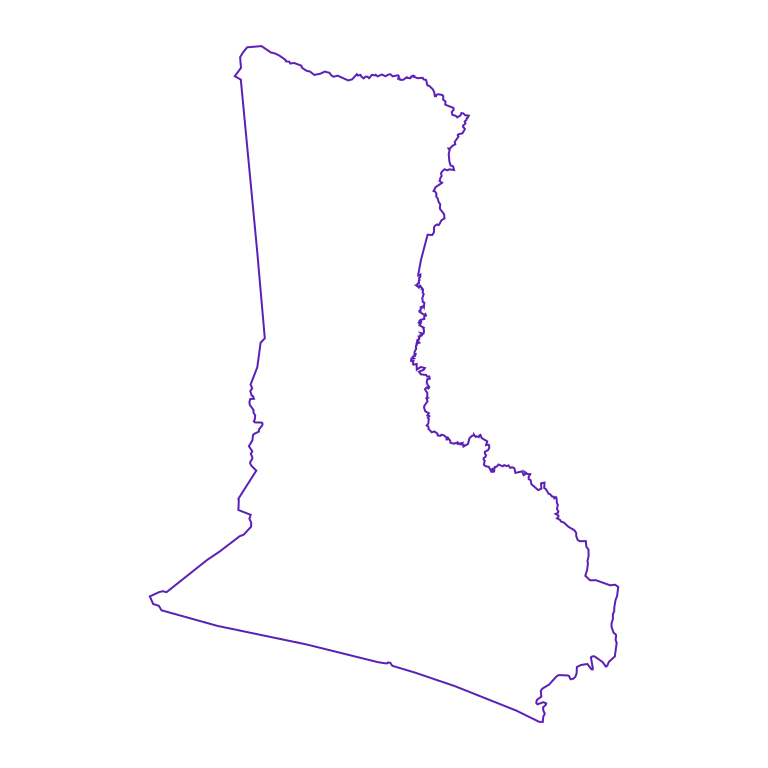 outline of Ellembelle, Western, Ghana
{"feature_id": "2480657B39512912083476", "entity_name": "Ellembelle", "entity_type": "district", "adm_level": 2, "iso_a3": "GHA", "parent_name": "Ghana", "parent_adm1": "Western", "projection": "orthographic", "projection_center": [-2.331, 5.15], "detail": "fine", "context": "isolated", "style": "outline", "palette": "violet", "viewbox_px": 768, "rotation_deg": 0, "n_neighbors": 0, "source": "geoboundaries", "source_scale": "gbopen_adm2", "svg_char_len": 6051}
<svg xmlns="http://www.w3.org/2000/svg" viewBox="0 0 768 768"><path d="M240.8,79.6L257.2,251.5L264.8,338.3L260.6,342.7L257.3,367.2L250.6,384.5L252.2,388.5L250.3,391.0L251.7,395.6L253.0,396.2L253.9,398.8L250.3,399.0L249.4,402.0L249.8,404.9L253.6,410.2L253.4,412.3L255.2,415.5L254.8,419.5L253.8,421.3L254.9,422.4L261.9,422.6L262.6,423.9L262.2,425.4L258.9,429.5L258.9,431.6L254.3,433.8L253.0,435.1L252.4,440.4L248.9,446.2L252.3,451.3L250.8,453.9L252.2,456.8L252.3,458.9L250.4,461.6L250.1,463.3L251.4,465.8L256.3,470.6L238.3,498.9L238.8,499.8L238.4,510.0L250.7,514.8L249.4,518.7L251.2,522.7L251.1,526.7L243.7,534.7L239.7,536.2L219.8,551.4L206.9,560.1L166.5,592.2L162.9,591.2L159.4,592.0L149.8,596.4L153.2,604.0L158.8,605.8L161.5,610.3L217.4,625.9L305.8,644.3L378.1,662.2L385.0,663.3L387.2,663.4L387.9,662.5L390.2,662.8L392.3,665.8L415.0,672.6L455.3,686.3L516.3,710.6L539.3,721.9L542.8,721.9L543.3,716.6L544.8,713.7L543.4,710.8L543.0,707.5L545.9,704.6L546.2,703.4L543.4,702.2L537.4,704.3L536.2,702.8L536.9,700.0L541.3,696.5L540.8,690.9L542.4,688.6L549.2,684.5L556.3,676.6L558.7,675.1L567.5,675.4L569.0,676.0L570.6,679.3L573.3,678.7L575.4,676.7L576.6,673.4L576.9,667.0L581.0,665.0L587.4,664.0L591.3,669.2L592.5,669.5L592.9,668.6L590.9,657.4L591.7,656.7L593.5,656.2L595.0,656.7L602.6,662.1L605.9,666.6L607.2,665.8L608.9,661.8L614.8,656.5L616.7,642.9L615.6,640.0L616.1,635.9L615.9,634.6L613.5,632.6L611.5,626.6L611.5,623.6L612.9,618.9L612.9,614.0L614.2,611.4L614.3,607.2L615.6,599.9L617.1,596.1L618.2,586.9L615.1,584.7L610.1,585.3L595.9,580.2L590.1,580.3L585.3,575.8L587.1,569.9L588.0,563.2L587.4,561.6L588.6,556.0L588.5,549.7L586.3,546.5L585.8,541.1L580.0,541.2L577.7,540.0L576.2,536.0L576.2,532.9L574.2,530.1L568.4,526.8L563.9,522.5L561.0,521.5L560.0,519.9L557.0,518.3L558.3,517.2L558.5,515.7L555.6,513.9L557.7,513.1L558.4,511.6L557.0,508.9L557.8,504.8L556.9,503.0L556.5,498.0L555.8,497.0L554.3,498.3L553.6,496.7L552.1,496.6L550.4,494.4L548.6,493.7L545.7,488.9L544.2,488.0L544.5,482.6L541.0,483.4L541.4,488.6L538.2,490.1L531.4,484.2L530.7,480.2L528.7,479.1L528.7,476.7L530.2,474.2L527.6,474.0L524.9,472.1L525.7,473.9L523.7,475.2L522.0,471.4L515.4,472.9L514.4,468.3L512.1,467.2L510.2,467.9L508.5,465.4L506.5,466.1L504.2,465.1L502.7,466.3L498.5,464.5L496.7,466.6L494.9,467.0L494.7,468.3L492.3,468.8L492.2,469.5L494.3,470.5L493.9,471.7L491.3,471.8L488.8,466.8L485.5,466.2L483.9,464.7L484.7,460.5L483.6,459.5L483.7,458.1L485.5,456.8L486.1,455.3L485.1,454.2L484.8,451.9L488.3,449.9L489.2,447.9L489.2,445.3L488.3,444.6L486.1,445.1L487.2,441.3L481.7,438.1L480.4,434.9L479.3,435.5L478.8,437.1L476.6,436.3L475.7,436.9L473.8,434.4L473.6,435.6L472.0,435.8L469.4,438.3L468.0,443.9L463.5,446.5L463.5,444.6L461.1,444.4L462.1,443.0L459.1,443.7L457.7,442.6L457.7,443.8L455.8,443.0L454.0,443.7L450.5,442.8L450.2,440.8L448.9,439.0L445.8,439.7L448.1,438.0L447.7,437.4L446.4,437.5L444.0,435.4L441.5,434.7L440.3,435.9L437.7,435.4L437.4,433.6L434.5,431.5L431.7,432.3L428.5,428.8L428.4,426.6L426.7,425.5L428.3,423.6L428.8,419.0L427.9,417.9L429.3,416.2L427.3,415.5L428.9,413.3L425.3,411.3L424.0,407.5L424.3,405.9L427.5,401.3L426.8,398.9L427.6,398.2L426.5,398.1L427.3,396.5L427.3,393.0L424.9,389.2L426.8,387.4L428.5,388.5L429.3,387.1L427.5,384.7L426.7,382.1L427.3,379.2L429.7,378.8L429.3,376.5L427.3,376.6L426.1,375.0L420.8,374.3L419.0,371.7L423.7,369.9L424.9,368.0L420.7,367.0L416.8,369.6L416.6,363.9L413.6,364.7L412.8,363.8L413.5,360.8L411.1,361.0L411.3,358.8L413.9,358.3L412.5,357.2L413.9,355.7L415.2,355.8L415.6,354.0L414.5,354.1L414.5,352.0L416.3,348.5L415.8,347.4L416.2,345.1L416.9,344.8L416.6,343.6L419.3,342.7L418.3,341.6L417.5,343.0L416.8,342.9L417.4,339.9L419.2,339.4L418.7,336.5L421.2,336.7L420.1,336.5L420.2,335.3L421.9,335.4L422.2,334.5L420.8,333.1L423.4,333.7L423.8,333.0L424.0,330.0L423.3,328.8L423.9,327.8L419.4,325.2L419.9,324.3L418.7,322.6L419.4,322.2L419.4,322.9L420.8,323.1L421.2,321.6L419.7,320.7L420.6,319.8L424.3,319.0L424.2,316.6L426.0,315.5L425.5,314.3L424.6,315.6L424.5,314.4L423.4,314.4L419.4,311.6L419.4,311.0L420.5,311.0L420.4,309.3L421.7,308.1L420.8,307.2L423.3,306.1L423.9,307.1L424.3,302.6L422.8,302.0L422.3,298.0L423.7,294.1L422.7,292.7L423.0,289.4L421.7,289.2L421.9,288.0L420.6,286.3L419.4,287.3L419.4,286.3L418.5,287.1L416.6,285.7L417.7,285.7L416.9,284.6L418.1,283.3L419.0,283.3L418.8,280.5L419.6,280.0L419.0,278.3L420.3,276.9L420.4,274.6L418.2,275.6L418.2,274.8L421.0,259.8L427.6,234.7L432.2,235.0L433.9,232.4L434.1,227.2L435.1,225.6L437.2,224.4L438.2,225.1L439.1,224.7L441.6,220.1L444.5,218.5L444.1,214.3L439.9,208.7L440.2,204.1L438.8,202.4L437.5,198.0L436.2,196.5L436.4,193.5L435.0,191.5L433.6,191.0L435.6,187.1L442.1,182.8L439.6,181.0L440.3,178.2L441.7,175.9L440.9,173.4L442.5,171.0L444.5,169.3L447.6,170.3L449.3,169.3L454.1,170.0L453.1,166.4L450.6,165.5L449.4,161.5L448.7,154.0L449.6,150.1L448.5,148.5L450.2,148.4L452.4,145.8L455.3,144.3L454.7,141.9L458.5,136.5L457.7,135.1L458.3,134.3L462.3,133.4L464.6,129.7L464.9,128.9L463.0,126.7L463.2,125.5L465.4,123.5L464.7,121.5L466.5,119.9L466.7,118.3L467.8,117.7L468.7,115.6L465.1,115.2L463.3,113.4L461.4,113.1L460.5,115.4L457.2,117.4L455.7,115.8L452.4,114.9L451.7,112.1L453.7,109.6L453.4,107.9L445.3,104.7L445.5,101.5L443.1,99.6L443.3,96.2L442.4,95.0L438.0,94.2L436.4,95.0L436.0,96.2L434.9,96.2L434.1,91.7L432.6,89.1L429.2,85.8L427.4,85.4L426.1,80.0L423.4,79.3L422.7,77.8L417.7,78.2L413.2,76.6L413.9,75.9L413.0,75.6L410.9,76.8L410.5,78.2L407.1,77.9L406.8,77.3L403.1,79.8L400.6,79.9L399.6,79.5L399.6,78.6L398.2,78.7L398.9,76.2L398.0,75.3L392.6,76.3L390.5,74.3L389.2,74.3L385.5,76.2L381.7,74.5L377.7,76.4L375.7,74.8L375.1,75.4L372.0,74.8L369.1,78.2L367.4,76.7L365.4,76.7L363.7,78.4L361.3,76.5L360.6,74.9L357.9,75.5L356.9,74.2L352.1,79.4L348.1,80.4L337.8,75.7L333.5,76.7L331.3,75.4L329.5,72.8L324.7,71.6L320.4,73.7L314.3,74.9L309.8,71.4L307.0,71.0L304.1,69.2L301.9,67.6L301.4,65.7L294.2,63.0L290.2,63.5L289.3,61.7L285.9,61.3L285.4,59.8L279.2,55.5L275.1,53.5L270.9,52.5L261.5,46.1L247.2,47.3L243.0,52.4L240.1,57.2L241.0,67.9L234.8,76.2L240.8,79.6Z" fill="none" stroke="#5b21b6" stroke-width="2"/></svg>